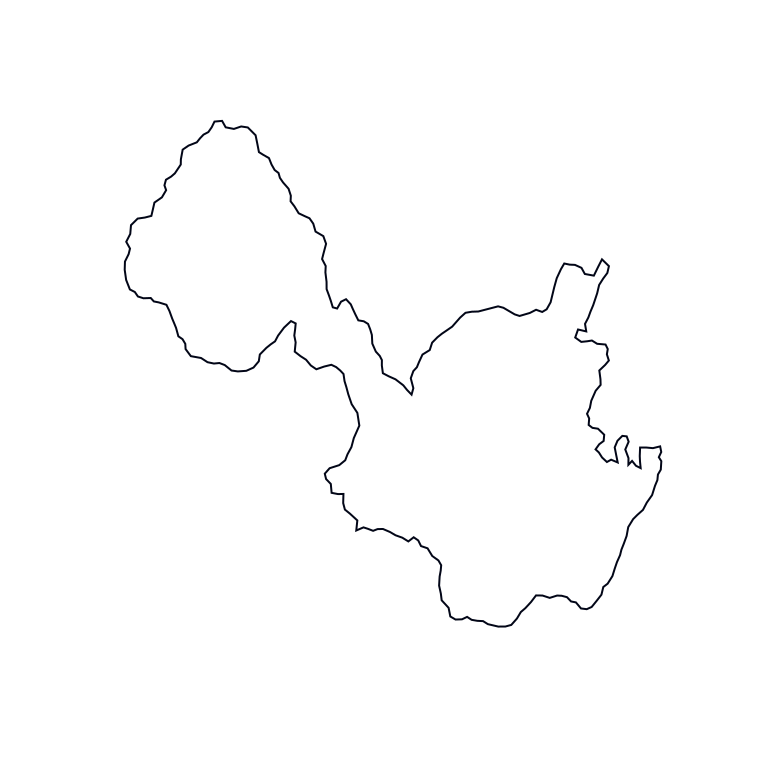 the district of Moiporá, Goiás, Brazil, rotated 18°
{"feature_id": "56859067B10398357530750", "entity_name": "Moiporá", "entity_type": "district", "adm_level": 2, "iso_a3": "BRA", "parent_name": "Brazil", "parent_adm1": "Goiás", "projection": "natural_earth1", "projection_center": [-50.773, -16.509], "detail": "fine", "context": "isolated", "style": "outline", "palette": "ink", "viewbox_px": 768, "rotation_deg": 18, "n_neighbors": 0, "source": "geoboundaries", "source_scale": "gbopen_adm2", "svg_char_len": 4072}
<svg xmlns="http://www.w3.org/2000/svg" viewBox="0 0 768 768"><g transform="rotate(18 384 384)"><path d="M673.7,379.9L671.6,371.7L668.0,368.7L668.7,363.0L665.9,358.0L659.6,361.9L653.4,363.3L647.2,365.3L649.5,373.5L651.5,378.8L654.1,384.7L648.9,383.9L643.7,380.5L641.4,385.3L639.4,378.9L633.7,371.7L634.5,363.3L631.0,358.8L626.7,359.7L623.6,365.8L623.0,373.0L627.0,380.2L630.5,386.4L623.4,385.8L620.1,389.3L614.1,386.5L609.5,382.7L605.4,380.8L607.3,374.8L610.5,370.3L609.1,364.2L601.3,360.4L595.8,361.3L591.3,359.7L589.8,353.4L586.3,349.6L587.2,343.1L586.3,335.9L587.4,325.0L590.3,317.9L588.4,312.6L584.6,304.6L588.4,297.6L590.6,292.2L586.8,286.9L586.0,281.6L582.5,278.0L574.3,279.9L568.3,278.4L564.2,280.5L558.6,283.0L551.5,280.7L551.7,272.2L560.1,271.5L556.6,264.7L557.8,257.6L558.0,251.5L558.6,244.4L558.7,231.9L558.0,223.3L559.9,215.9L562.1,209.4L561.5,202.4L552.8,198.1L551.5,206.2L550.1,216.1L541.0,217.3L535.9,212.5L528.8,211.7L523.7,213.1L518.2,213.7L516.8,220.1L515.6,230.0L516.0,239.3L517.2,254.8L515.6,262.7L512.2,266.6L505.7,266.4L500.7,271.4L491.9,277.4L486.8,277.4L474.0,274.6L468.5,274.9L451.3,285.9L445.2,288.1L439.5,291.1L435.9,297.3L431.1,308.4L426.6,314.3L423.5,318.3L420.4,323.0L417.0,329.8L417.0,337.6L411.5,344.1L410.5,352.5L410.1,357.9L407.9,362.7L407.7,370.3L413.2,378.9L413.5,385.6L407.7,382.5L402.8,379.3L393.5,376.0L386.1,375.2L379.6,374.1L376.2,367.0L374.6,361.9L371.3,358.6L366.2,355.7L360.4,349.2L357.3,341.1L354.0,336.3L350.3,331.8L345.4,330.6L339.9,331.4L335.0,326.4L331.0,322.1L327.8,318.5L321.7,315.1L317.7,319.0L316.1,326.7L311.6,326.9L307.9,321.6L304.3,316.8L300.1,311.5L297.8,304.6L293.8,296.0L292.1,289.8L286.5,284.3L286.1,278.2L285.6,268.6L280.6,262.1L271.8,260.2L267.2,253.4L261.9,249.4L257.1,248.9L250.1,248.0L243.9,242.7L238.7,239.1L237.2,233.7L232.9,227.8L225.7,223.5L221.3,220.1L218.5,215.9L213.9,214.3L209.2,210.0L204.8,204.7L198.1,203.3L193.4,202.1L189.3,194.7L185.0,187.1L175.2,182.1L168.6,183.2L162.4,187.8L154.1,188.8L148.7,183.8L141.7,186.8L140.8,193.1L139.1,198.7L135.3,202.6L133.1,207.2L131.3,212.0L124.5,217.6L120.1,223.3L121.4,233.1L122.9,238.1L120.0,248.3L117.4,252.6L113.5,257.1L113.8,262.9L116.9,267.0L115.1,275.1L109.6,282.4L110.2,288.9L110.8,296.0L105.1,299.6L98.6,302.8L94.3,311.1L96.3,319.7L94.9,328.4L100.6,333.7L101.0,339.4L99.8,347.6L102.1,355.5L106.6,364.7L113.1,372.6L118.6,373.5L122.9,376.8L128.7,376.8L135.6,374.3L139.6,376.6L144.5,376.0L152.6,375.9L157.4,380.9L162.4,387.3L165.6,391.0L168.9,394.9L173.7,402.2L178.5,403.6L182.6,407.2L184.5,412.1L191.7,417.2L202.0,415.8L209.4,417.8L215.9,417.1L221.0,414.9L226.7,415.2L234.8,418.3L241.1,417.2L249.0,414.0L254.8,408.7L257.9,401.1L256.8,394.3L261.0,385.9L264.0,381.3L267.2,377.1L268.3,370.7L271.5,361.3L276.1,352.9L281.3,353.7L282.5,359.1L283.7,365.6L287.1,371.7L289.1,380.8L296.0,383.3L302.4,385.0L308.7,389.0L315.1,390.9L321.7,385.9L328.0,382.0L333.3,382.7L338.2,384.7L342.4,387.0L345.6,393.5L349.1,398.5L353.2,404.8L359.5,413.2L367.6,419.7L373.4,431.2L372.7,438.0L372.0,444.8L372.5,454.1L371.0,462.2L370.7,468.5L366.5,475.0L358.3,480.9L355.4,487.6L358.3,492.3L364.3,495.5L367.8,503.7L374.3,502.9L379.4,501.1L382.0,509.9L385.6,515.5L391.6,517.8L400.8,522.0L402.9,531.9L408.8,526.7L413.4,526.7L419.0,527.0L422.7,524.0L427.8,522.2L435.4,522.9L441.7,524.3L448.9,524.5L455.8,526.2L459.6,520.6L464.9,522.2L469.3,526.7L476.2,526.8L483.1,532.7L490.3,535.0L494.4,538.7L495.6,544.0L496.4,549.9L498.7,558.7L502.8,565.7L505.7,571.9L514.6,576.9L518.9,584.6L524.8,585.9L530.9,583.7L535.0,579.8L540.2,581.2L545.9,580.4L551.5,578.9L557.0,580.3L567.6,579.4L574.3,577.2L579.5,573.8L582.9,566.0L584.6,558.6L587.7,553.5L591.2,545.9L593.9,538.1L600.1,536.2L607.7,536.2L614.0,531.7L618.4,530.5L623.9,530.2L629.1,533.0L634.0,532.4L640.7,536.6L646.4,535.5L650.4,531.9L653.1,524.9L655.9,517.2L655.3,509.3L658.4,504.8L660.6,496.1L660.5,488.2L660.6,481.4L661.4,473.8L661.0,468.2L661.4,462.0L661.7,453.6L660.5,444.6L662.7,435.5L665.4,430.2L669.2,423.7L670.6,415.5L673.3,406.8L673.2,397.1L673.7,390.9L672.5,385.4L673.7,379.9Z" fill="none" stroke="#020617" stroke-width="2"/></g></svg>